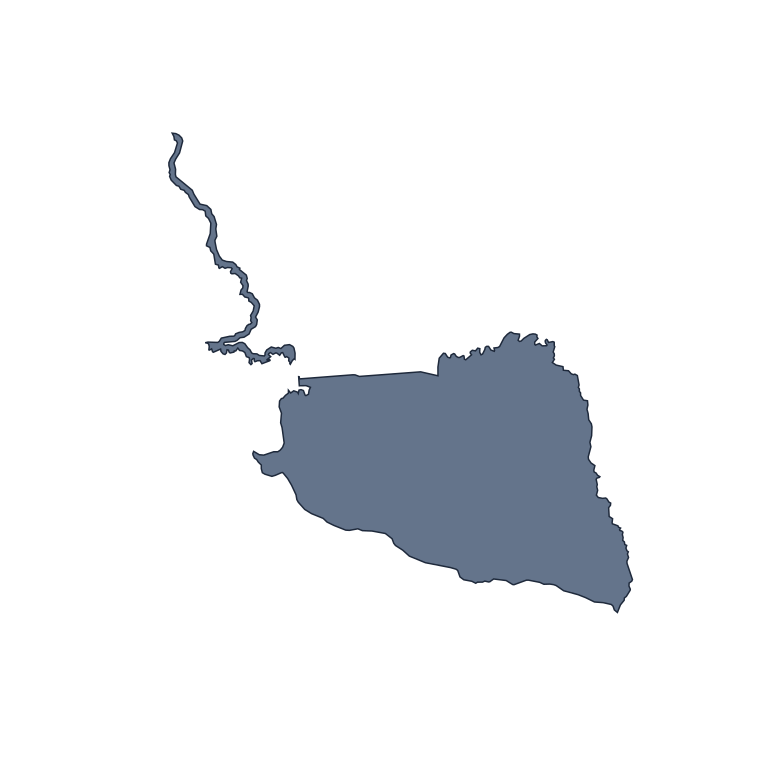 outline of Hatonuevo, La Guajira, Colombia, rotated 224°
{"feature_id": "7082276B24784892913162", "entity_name": "Hatonuevo", "entity_type": "district", "adm_level": 2, "iso_a3": "COL", "parent_name": "Colombia", "parent_adm1": "La Guajira", "projection": "robinson", "projection_center": [-72.67, 11.096], "detail": "fine", "context": "isolated", "style": "filled", "palette": "slate", "viewbox_px": 768, "rotation_deg": 224, "n_neighbors": 0, "source": "geoboundaries", "source_scale": "gbopen_adm2", "svg_char_len": 6145}
<svg xmlns="http://www.w3.org/2000/svg" viewBox="0 0 768 768"><g transform="rotate(224 384 384)"><path d="M431.0,245.0L430.0,242.8L428.8,241.9L425.7,240.7L423.1,241.2L420.1,240.5L416.0,240.5L413.5,237.9L409.9,235.7L407.0,236.4L400.5,239.7L398.7,242.9L396.3,248.7L395.7,249.7L394.6,249.9L387.7,249.1L380.2,247.0L370.3,243.2L366.4,240.3L363.5,239.4L353.9,238.7L346.1,240.4L334.4,245.1L329.1,245.1L321.7,247.5L310.0,252.3L307.2,254.7L302.2,261.7L297.7,263.5L290.5,269.9L279.2,277.4L270.7,278.3L266.3,276.2L263.6,275.8L255.1,277.5L246.2,277.8L230.1,284.2L208.7,298.1L203.6,300.8L201.5,301.1L195.3,298.0L190.6,298.6L183.8,303.1L179.6,304.4L179.1,306.4L175.5,309.9L174.6,312.2L171.2,314.3L170.5,315.3L169.7,319.9L159.6,327.5L152.2,329.1L151.1,329.9L145.3,341.8L143.9,343.2L134.2,349.5L129.9,351.0L125.7,355.3L122.6,357.5L120.2,358.6L111.1,360.1L98.0,367.3L90.5,370.4L81.2,373.4L74.4,379.0L67.3,383.3L64.9,383.3L61.4,381.5L57.4,381.8L60.5,389.4L61.0,395.2L62.5,397.2L62.1,399.5L63.6,406.5L64.3,407.5L67.4,408.8L69.4,411.1L68.8,414.2L69.4,415.9L84.6,423.8L86.2,425.3L87.6,429.1L90.8,430.8L91.7,433.0L93.4,432.8L96.0,434.0L97.3,436.5L99.3,435.8L101.4,437.4L103.6,437.3L105.4,439.7L107.9,441.2L109.2,443.4L110.8,443.4L112.6,442.5L113.3,442.8L113.7,444.7L115.8,443.9L117.2,444.5L122.6,442.1L123.6,442.7L126.0,445.9L130.0,445.1L136.5,451.1L136.8,454.0L138.2,455.8L140.3,455.3L143.9,456.2L145.3,456.0L147.3,453.6L151.0,451.2L154.0,451.6L156.5,456.0L159.6,457.9L160.7,459.8L165.2,462.8L165.4,464.4L164.2,466.4L164.3,467.3L167.0,466.7L169.6,467.3L171.7,466.7L173.2,467.7L175.6,471.8L180.2,471.0L184.6,471.9L186.5,473.5L191.6,482.6L195.4,485.1L198.7,491.0L204.6,497.6L207.2,499.4L211.9,500.5L216.6,504.5L220.4,506.8L222.7,510.5L226.0,513.3L229.3,511.0L234.6,512.3L236.5,514.2L238.3,514.4L240.1,516.2L241.8,516.5L243.0,518.8L250.8,524.4L253.5,523.7L254.2,522.4L256.3,521.4L260.5,521.7L264.5,518.5L267.3,520.8L273.3,517.2L277.8,516.4L278.6,520.2L280.3,520.4L281.0,522.6L282.5,524.0L284.5,524.5L287.1,529.5L288.0,529.7L290.6,532.3L292.0,531.8L294.5,528.2L297.3,529.2L298.2,528.9L298.2,527.4L297.6,526.6L296.4,525.8L293.8,525.3L293.6,524.5L296.7,521.3L300.4,521.1L302.1,517.2L303.0,517.2L304.7,518.8L304.9,523.7L306.8,524.1L307.9,525.5L309.8,525.0L311.7,523.5L313.5,520.8L315.1,514.0L315.2,510.2L316.0,508.8L317.9,508.6L319.7,512.5L321.2,514.0L325.6,510.5L328.4,509.7L329.2,508.8L329.8,505.5L329.7,500.6L326.9,491.3L327.4,489.4L329.9,486.3L327.7,484.9L327.4,484.1L330.7,482.7L334.9,483.7L336.3,482.4L336.6,480.7L335.4,478.8L333.9,474.0L334.5,472.4L337.2,473.3L339.6,476.0L341.5,474.9L341.2,471.4L343.9,469.6L344.2,467.1L343.6,466.2L341.3,465.8L342.0,458.2L343.4,457.7L345.9,459.7L346.8,459.4L348.0,455.7L349.1,454.6L351.2,454.1L354.1,454.7L355.1,454.2L355.9,451.4L354.6,449.2L354.8,448.5L356.8,447.5L361.1,448.5L362.6,447.4L362.2,440.9L357.0,433.7L350.9,427.4L366.1,418.2L407.0,372.3L411.1,370.5L412.7,369.1L448.3,329.0L450.1,330.3L450.5,330.0L443.7,323.9L438.9,328.7L434.6,330.5L433.6,327.6L431.2,324.1L432.1,321.4L433.1,321.2L437.4,323.3L439.8,322.3L440.9,320.6L439.1,317.6L440.5,318.1L444.2,316.4L444.9,312.7L448.4,313.1L446.4,311.0L447.0,307.4L446.8,303.6L447.7,302.2L447.3,299.2L443.5,294.7L437.5,291.8L431.4,284.3L427.0,281.8L414.8,272.2L413.0,268.1L412.7,264.4L413.3,261.5L416.3,258.6L421.1,249.3L424.6,246.5L431.0,245.0ZM465.2,339.9L469.4,344.4L473.7,347.3L475.7,347.7L479.3,346.7L482.5,342.7L482.8,337.9L485.5,336.8L486.6,334.6L490.8,332.3L492.0,327.0L491.2,323.8L489.8,322.3L489.6,321.0L493.6,317.9L496.3,317.4L499.2,314.9L500.8,314.4L504.1,315.5L507.4,315.4L512.1,316.3L514.8,315.5L517.0,313.2L519.3,306.5L523.3,304.1L524.8,301.5L526.7,301.1L527.5,302.0L527.6,303.2L520.8,311.1L520.0,313.3L519.7,317.3L517.2,320.4L515.8,326.2L517.6,331.1L516.3,336.0L516.9,338.3L519.7,342.1L522.9,342.9L524.5,348.3L527.3,353.2L528.9,354.8L533.3,356.4L537.0,356.0L541.4,357.4L544.2,356.5L545.6,355.2L546.6,355.3L549.7,360.1L551.2,361.5L554.8,362.9L555.7,364.9L558.7,366.7L567.5,365.9L568.1,367.2L571.1,366.2L573.6,367.0L577.5,366.6L582.4,362.7L586.4,360.8L591.3,361.6L597.9,364.4L604.2,368.8L605.5,370.0L606.9,374.2L612.7,378.7L615.3,382.4L622.5,386.4L626.2,386.8L629.8,389.3L635.4,389.2L641.3,385.6L652.6,388.5L656.5,390.2L677.6,388.5L679.7,389.9L683.1,393.7L688.6,397.1L690.1,401.1L691.6,408.2L697.6,419.0L700.5,420.5L704.3,420.6L707.7,419.5L710.6,417.3L707.1,416.1L704.3,414.0L702.4,414.7L700.0,413.9L695.4,404.9L694.1,397.7L692.5,393.8L690.3,391.6L686.8,389.5L685.4,386.8L683.3,386.2L682.4,384.4L678.6,382.8L671.3,382.6L668.9,383.8L665.5,382.9L662.2,384.5L660.0,383.9L656.3,384.4L654.0,383.2L643.2,380.3L637.9,381.4L635.6,383.4L632.7,384.1L629.0,381.1L625.3,381.2L620.3,379.4L613.5,371.5L608.8,361.3L607.7,360.1L604.1,361.3L601.1,359.4L596.7,359.2L588.5,353.1L585.7,354.5L583.4,352.8L582.7,352.9L581.8,356.1L578.7,356.8L577.5,359.1L574.6,361.5L573.3,361.4L572.5,358.2L571.2,357.3L570.0,357.6L567.8,360.1L563.8,360.7L561.5,360.2L559.9,361.2L557.8,357.6L553.8,356.8L552.3,355.0L552.1,352.3L549.9,348.4L548.1,350.2L544.6,349.9L541.7,351.6L540.7,351.5L538.9,349.8L536.1,350.5L531.7,350.1L528.8,345.6L527.6,340.6L525.8,339.5L523.9,336.9L521.7,336.3L521.9,333.9L522.6,333.2L523.1,330.9L522.3,327.7L521.2,325.9L521.9,323.4L524.1,320.4L525.6,317.0L525.0,315.2L525.3,314.0L528.1,311.2L532.9,304.0L532.1,300.1L532.5,298.4L539.8,291.8L541.3,289.5L539.2,290.8L537.8,290.9L535.8,289.6L533.7,286.9L533.1,287.2L532.4,289.5L529.7,288.1L528.8,288.3L525.8,295.6L523.9,294.2L520.7,293.9L518.9,294.8L518.9,296.9L520.7,299.6L519.5,300.3L517.1,299.2L516.2,299.5L514.1,302.7L514.7,303.8L513.6,304.7L514.1,308.3L511.2,307.8L508.8,309.5L506.0,310.0L502.0,308.1L499.3,309.3L497.8,308.3L495.9,305.6L493.2,305.5L493.1,307.1L495.9,309.1L495.8,311.5L495.0,312.1L493.3,310.5L492.3,310.4L491.2,312.8L489.4,314.7L485.9,313.8L482.4,321.3L482.5,322.0L483.3,322.1L484.7,320.0L485.1,320.2L484.5,325.0L487.6,324.9L488.0,325.9L487.6,327.7L484.5,328.2L483.4,331.3L482.4,331.8L479.0,332.2L479.5,335.2L478.7,336.2L474.0,334.5L473.4,334.9L473.1,336.1L470.4,336.6L468.7,334.5L466.3,334.2L465.9,333.2L465.1,333.1L466.2,337.2L466.1,339.8L465.2,339.9Z" fill="#64748b" stroke="#1e293b" stroke-width="1.5"/></g></svg>